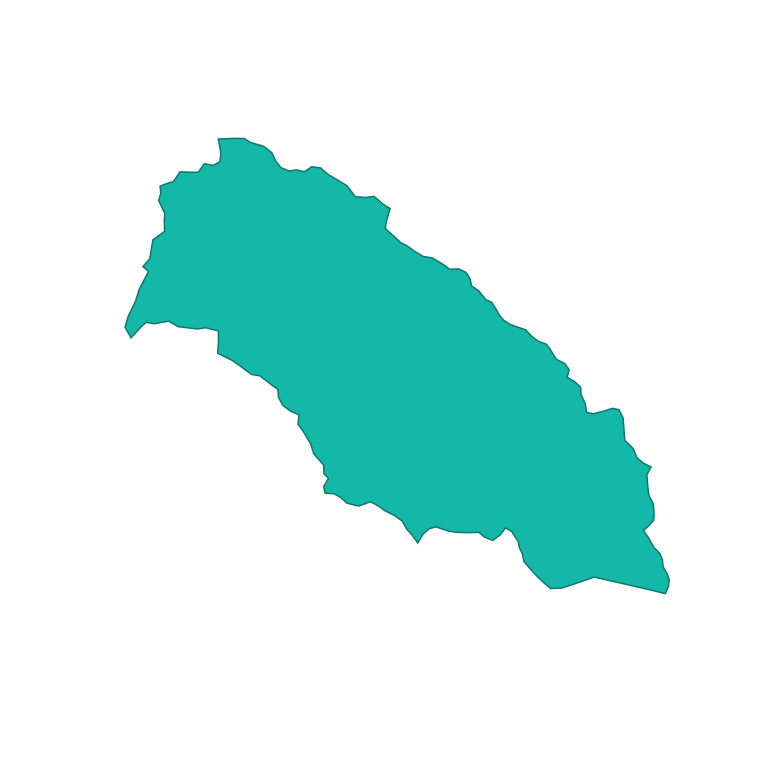 outline of Campos do Jordão, São Paulo, Brazil, rotated 253°
{"feature_id": "56859067B66319400982583", "entity_name": "Campos do Jordão", "entity_type": "district", "adm_level": 2, "iso_a3": "BRA", "parent_name": "Brazil", "parent_adm1": "São Paulo", "projection": "albers", "projection_center": [-45.536, -22.693], "detail": "fine", "context": "isolated", "style": "filled", "palette": "teal", "viewbox_px": 768, "rotation_deg": 253, "n_neighbors": 0, "source": "geoboundaries", "source_scale": "gbopen_adm2", "svg_char_len": 2295}
<svg xmlns="http://www.w3.org/2000/svg" viewBox="0 0 768 768"><g transform="rotate(253 384 384)"><path d="M625.2,222.1L611.4,224.3L603.8,221.4L594.2,219.0L589.4,205.1L572.2,196.6L566.8,187.8L560.4,191.7L546.4,177.9L535.4,170.3L523.6,159.2L514.0,152.9L502.2,155.6L509.7,168.5L512.5,174.7L508.9,181.6L507.0,196.6L499.1,203.8L494.8,213.4L491.1,221.8L490.1,229.7L483.1,241.2L472.3,237.9L462.0,233.9L451.4,245.3L444.8,250.5L431.8,260.2L428.1,267.7L414.7,277.2L410.0,280.9L402.3,279.2L393.4,280.8L385.1,286.9L379.4,293.7L370.8,290.0L362.5,292.9L354.8,294.7L348.3,296.4L337.8,296.4L324.0,302.6L315.8,300.3L310.0,303.3L303.6,296.4L296.7,295.8L293.8,304.0L288.0,309.5L280.8,313.8L274.7,324.1L275.3,336.6L268.9,343.1L262.6,347.7L254.9,355.9L247.4,361.4L239.0,363.2L231.3,366.7L222.1,369.8L229.0,377.5L232.3,384.6L232.3,391.6L224.3,403.1L221.1,409.6L217.0,421.7L214.4,431.4L208.3,435.2L202.6,442.4L205.7,450.8L210.8,458.3L205.8,462.9L194.0,466.3L187.3,465.6L181.5,466.7L173.3,465.9L163.7,470.1L155.6,474.0L146.4,479.2L139.7,483.6L136.9,494.1L137.1,505.2L137.9,528.6L126.1,549.1L109.2,578.5L101.3,591.7L107.6,597.1L113.4,599.5L119.4,599.3L127.4,597.5L134.7,598.8L141.4,598.2L148.5,594.4L158.7,592.2L168.1,589.3L170.8,595.4L174.9,602.1L180.7,604.3L190.6,606.5L200.5,604.7L210.7,606.7L220.2,608.8L226.6,615.1L232.6,608.8L239.6,604.3L249.2,603.4L259.7,597.8L269.9,600.1L281.7,602.7L290.7,601.2L293.9,595.4L293.9,586.0L294.3,575.6L297.7,569.4L306.1,570.7L316.1,569.4L323.6,571.1L330.9,566.7L336.9,561.1L343.6,565.2L350.7,562.8L357.4,555.9L368.2,553.2L374.8,550.8L380.0,543.7L387.0,538.9L394.3,535.4L399.8,527.8L404.2,521.9L410.0,517.1L416.1,514.4L423.0,513.0L430.7,510.9L434.8,506.1L445.4,501.8L452.1,496.4L459.4,497.1L466.8,495.0L472.2,489.2L474.7,480.1L479.8,476.6L490.6,466.9L494.3,459.0L501.5,452.4L509.6,446.3L514.3,441.3L520.1,438.0L532.2,430.7L538.2,433.5L550.0,441.1L555.8,436.0L566.4,429.2L567.6,421.3L571.5,411.3L584.5,406.5L594.1,397.9L600.1,392.3L609.1,386.5L612.9,378.6L610.3,369.8L614.3,363.0L615.5,355.4L621.0,348.8L628.9,345.6L637.8,344.4L646.4,338.5L654.2,326.7L659.6,322.2L662.7,312.5L666.7,297.2L652.3,295.5L644.6,292.1L643.0,284.5L647.2,276.5L640.7,268.2L646.5,250.8L639.3,242.2L639.1,234.3L638.7,227.7L631.6,226.3L625.2,222.1Z" fill="#14b8a6" stroke="#0f766e" stroke-width="1.5"/></g></svg>